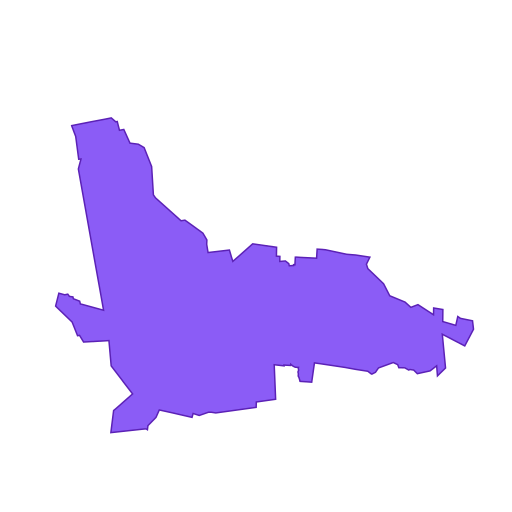 Bacerac, Sonora, Mexico (Natural Earth projection), rotated 172°
{"feature_id": "50627088B98976467166083", "entity_name": "Bacerac", "entity_type": "district", "adm_level": 2, "iso_a3": "MEX", "parent_name": "Mexico", "parent_adm1": "Sonora", "projection": "natural_earth1", "projection_center": [-108.843, 30.254], "detail": "fine", "context": "isolated", "style": "filled", "palette": "violet", "viewbox_px": 512, "rotation_deg": 172, "n_neighbors": 0, "source": "geoboundaries", "source_scale": "gbopen_adm2", "svg_char_len": 2529}
<svg xmlns="http://www.w3.org/2000/svg" viewBox="0 0 512 512"><g transform="rotate(172 256 256)"><path d="M416.2,269.1L415.2,243.1L414.5,223.5L435.1,232.4L436.6,232.9L436.9,235.8L442.1,238.7L442.8,239.1L443.0,241.0L444.1,241.3L446.4,242.0L446.5,242.2L447.7,244.4L448.6,244.4L448.8,244.3L449.4,244.3L450.8,244.2L456.4,246.6L461.4,234.3L461.2,234.0L460.3,232.8L447.3,216.2L446.3,212.2L443.8,201.9L441.8,202.0L438.7,194.8L432.7,194.3L431.4,194.2L430.3,194.1L428.7,193.9L428.1,193.9L423.1,193.5L422.3,193.4L413.4,192.7L414.7,167.4L414.4,166.8L406.0,151.9L404.5,149.1L397.4,136.6L416.2,124.2L418.5,122.8L424.3,101.3L392.2,100.3L390.0,100.2L389.3,100.1L388.5,99.8L387.7,99.1L386.6,103.1L381.4,107.1L377.5,110.1L373.2,117.0L360.6,112.3L341.8,105.1L340.2,108.8L334.4,106.0L324.8,107.9L322.0,107.5L317.7,106.2L276.9,106.1L276.0,111.4L257.6,111.4L256.5,111.4L253.1,145.8L243.5,143.3L243.5,144.1L237.0,142.8L236.7,144.0L234.8,141.9L233.4,140.9L232.6,140.4L229.7,139.8L229.4,139.8L229.6,139.2L229.8,138.8L229.7,138.2L229.7,137.1L230.3,135.8L230.4,135.7L230.6,135.3L230.5,134.4L230.5,133.9L230.5,133.4L230.7,132.2L230.9,131.4L230.8,130.7L230.4,129.9L230.3,129.2L230.2,128.6L230.1,127.9L230.0,127.3L230.0,126.8L229.9,126.6L229.9,125.8L229.8,125.7L224.0,124.5L223.9,124.5L218.4,123.3L215.9,132.0L213.0,142.0L207.7,140.5L183.1,133.2L173.2,129.9L161.3,126.3L158.4,123.3L157.7,122.9L153.9,124.2L150.3,128.1L134.9,131.4L130.8,128.7L130.1,125.5L124.3,124.6L120.6,121.8L119.4,122.2L115.7,121.1L112.6,117.0L111.6,117.1L99.6,118.0L92.4,122.1L93.0,112.0L90.2,114.1L83.9,118.7L82.4,152.6L61.8,137.9L50.8,153.2L50.6,161.7L62.2,165.8L64.6,168.0L67.8,159.5L80.2,165.1L78.4,177.0L87.3,179.8L88.4,173.1L102.4,185.3L109.8,183.6L114.8,189.6L123.8,194.9L129.1,198.0L133.5,210.7L147.0,227.9L147.8,232.5L143.4,239.0L157.1,243.1L166.0,245.1L186.3,252.5L189.6,253.3L194.5,254.3L196.3,245.4L212.0,248.4L215.3,249.1L216.3,249.3L217.2,249.4L218.0,245.4L218.7,241.9L220.0,242.2L220.1,241.3L223.0,241.6L224.4,241.7L224.6,243.9L227.6,247.0L233.2,247.3L232.4,252.3L235.8,253.0L234.4,261.8L257.6,268.5L272.2,258.8L279.7,253.9L280.5,258.8L281.5,265.6L303.0,266.1L303.2,274.5L302.4,278.7L305.4,286.0L317.4,297.6L321.4,301.4L325.3,301.3L347.4,327.5L349.1,330.8L346.9,359.1L351.7,378.9L357.0,383.1L365.1,385.3L369.3,399.7L373.7,399.5L374.7,408.5L376.2,408.4L380.1,412.9L386.7,412.5L399.8,411.9L420.4,410.8L420.4,410.7L418.9,403.9L417.9,399.5L417.9,399.3L418.1,376.5L415.8,376.4L418.1,371.0L419.8,366.9L416.2,269.1Z" fill="#8b5cf6" stroke="#5b21b6" stroke-width="1.5"/></g></svg>